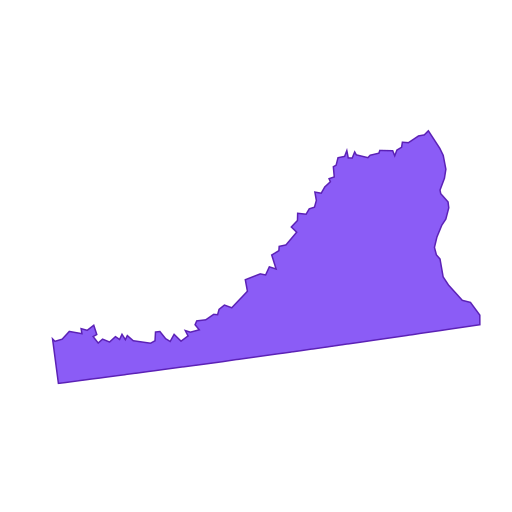 Sioux, North Dakota, United States of America (orthographic projection), rotated 352°
{"feature_id": "52423323B40893510468024", "entity_name": "Sioux", "entity_type": "district", "adm_level": 2, "iso_a3": "USA", "parent_name": "United States of America", "parent_adm1": "North Dakota", "projection": "orthographic", "projection_center": [-101.23, 46.186], "detail": "fine", "context": "isolated", "style": "filled", "palette": "violet", "viewbox_px": 512, "rotation_deg": 352, "n_neighbors": 0, "source": "geoboundaries", "source_scale": "gbopen_adm2", "svg_char_len": 2057}
<svg xmlns="http://www.w3.org/2000/svg" viewBox="0 0 512 512"><g transform="rotate(352 256 256)"><path d="M42.6,354.6L44.4,354.7L45.2,354.7L49.7,354.8L54.3,354.8L74.6,354.9L84.3,355.1L90.0,355.1L101.0,355.2L102.3,355.2L109.1,355.3L109.3,355.3L109.6,355.3L111.3,355.2L119.4,355.3L121.3,355.4L125.5,355.4L133.2,355.4L133.6,355.4L140.2,355.5L148.5,355.5L167.5,355.6L168.9,355.7L208.2,356.0L221.4,355.8L222.3,355.8L223.8,355.9L232.8,355.9L238.7,355.9L246.2,355.9L250.7,355.9L264.3,355.9L270.1,356.0L277.1,356.0L278.1,355.9L279.4,356.0L281.7,356.0L286.6,356.0L287.6,356.0L297.8,355.9L299.4,356.0L333.9,355.8L335.1,355.9L338.6,355.9L345.9,355.9L346.9,355.9L359.9,355.8L394.3,355.7L396.5,355.6L399.9,355.7L408.3,355.5L428.4,355.5L435.0,355.4L468.1,355.2L469.4,345.7L461.9,331.8L454.1,328.6L442.6,311.6L438.4,302.7L437.8,284.6L434.8,280.0L433.9,272.3L437.8,262.4L444.3,251.3L449.1,245.9L453.6,235.1L453.7,229.2L447.6,220.0L447.4,216.3L453.4,205.3L456.1,196.5L455.4,182.4L453.0,175.0L444.1,156.0L439.5,159.5L433.7,159.7L422.7,165.0L416.8,163.7L415.3,168.6L410.3,170.7L407.3,176.1L406.0,170.8L393.3,168.7L392.0,171.3L383.1,172.1L380.5,174.2L369.4,169.8L368.2,166.7L364.9,172.4L361.0,171.7L360.6,164.3L357.6,169.7L350.9,170.1L348.0,177.2L345.0,178.4L344.5,188.6L339.1,189.6L340.0,192.8L333.8,197.1L329.3,202.9L323.2,200.9L323.5,209.4L320.7,215.8L315.3,216.7L311.4,221.6L303.2,219.5L302.0,226.6L295.0,232.2L299.6,238.1L287.2,249.2L280.3,249.7L279.4,253.9L271.7,257.2L274.1,271.7L267.7,268.6L262.9,276.1L257.7,274.3L242.1,278.0L242.6,289.7L224.8,303.9L217.9,300.2L212.0,303.7L209.8,308.8L206.0,307.9L197.3,312.2L188.3,312.0L186.1,315.6L189.5,321.2L180.4,322.3L175.6,320.0L177.6,325.7L169.9,329.9L164.0,322.2L159.1,328.7L155.0,325.3L150.3,317.4L145.9,317.3L144.2,325.9L139.4,327.7L122.6,322.8L117.5,316.9L115.0,320.7L112.4,314.9L109.3,319.7L105.6,316.3L99.0,320.8L92.5,317.0L87.6,320.2L83.5,313.1L87.4,311.6L85.7,302.0L78.5,306.1L72.7,303.6L72.8,308.7L60.6,304.7L52.5,311.4L45.0,312.5L43.0,309.8L42.6,354.6Z" fill="#8b5cf6" stroke="#5b21b6" stroke-width="1.5"/></g></svg>